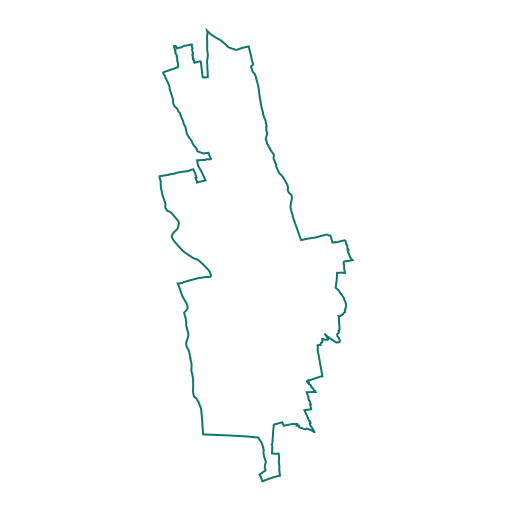 Coroiesti, Bacau, Romania
{"feature_id": "2599482B8243132142430", "entity_name": "Coroiesti", "entity_type": "district", "adm_level": 2, "iso_a3": "ROU", "parent_name": "Romania", "parent_adm1": "Bacau", "projection": "equal_earth", "projection_center": [27.499, 46.29], "detail": "fine", "context": "isolated", "style": "outline", "palette": "teal", "viewbox_px": 512, "rotation_deg": 0, "n_neighbors": 0, "source": "geoboundaries", "source_scale": "gbopen_adm2", "svg_char_len": 6017}
<svg xmlns="http://www.w3.org/2000/svg" viewBox="0 0 512 512"><path d="M315.6,392.0L314.9,390.9L313.9,390.1L313.2,388.6L311.7,387.5L311.7,387.0L311.0,386.5L310.8,385.3L310.5,384.8L309.0,384.4L308.8,384.1L308.2,383.3L309.0,383.1L309.0,382.7L307.4,382.2L307.1,381.7L308.1,381.1L307.7,380.6L309.0,380.0L309.4,380.4L319.9,376.7L322.4,376.3L317.5,349.0L317.8,348.4L317.9,347.2L317.6,346.2L317.6,345.3L318.4,345.0L320.6,345.0L320.7,344.8L320.7,343.4L320.9,343.1L322.3,342.3L322.4,339.9L322.2,339.1L322.8,338.9L324.1,339.6L325.3,339.7L327.9,339.7L328.2,339.3L328.3,339.1L325.0,334.3L325.1,334.2L327.5,336.6L328.9,337.6L336.3,342.5L339.2,342.3L339.7,341.7L339.7,340.0L338.8,338.0L338.1,337.0L337.5,336.5L337.2,334.9L337.4,333.9L338.8,332.8L338.9,332.2L338.6,331.3L338.6,330.9L339.1,330.9L339.1,330.2L339.7,329.5L339.4,328.4L339.5,326.0L339.2,325.4L338.9,318.3L339.0,316.7L338.7,316.2L340.2,316.2L341.1,315.5L341.5,314.8L343.2,314.0L343.8,313.0L345.0,312.1L344.8,311.1L345.0,310.8L344.9,310.5L345.4,309.6L345.3,308.5L346.1,306.4L346.1,304.8L345.4,301.9L344.4,299.9L343.9,298.0L338.7,290.5L336.7,288.5L335.6,287.7L336.7,280.0L337.1,272.8L338.6,273.0L340.1,272.6L345.0,272.9L344.2,269.1L344.1,264.4L343.7,264.3L343.6,263.6L343.7,262.4L343.9,261.7L346.7,261.0L348.4,261.0L352.5,260.1L350.4,257.8L349.4,255.3L349.0,253.9L348.2,252.6L347.8,250.9L348.3,250.8L348.5,250.4L348.3,249.3L347.6,249.4L347.4,248.9L347.2,245.4L347.0,244.8L346.2,244.4L346.0,242.8L345.5,241.0L344.9,240.7L344.7,240.3L335.3,242.5L335.1,242.1L332.5,242.6L331.0,237.2L330.3,235.5L328.7,235.4L327.6,234.7L325.8,234.7L324.6,234.9L323.2,235.7L321.5,235.7L316.8,237.3L308.0,238.6L301.1,240.1L292.7,216.6L292.6,214.7L291.8,212.9L290.5,207.5L290.6,205.5L291.2,201.7L291.7,200.1L291.9,197.2L291.8,195.8L291.2,194.7L288.9,192.7L287.7,190.4L288.0,187.7L287.2,184.1L286.6,183.6L285.5,181.4L282.8,176.9L281.1,174.9L279.4,173.3L277.5,169.6L276.2,166.2L276.3,165.0L276.0,163.9L275.3,163.0L274.9,162.1L274.8,161.2L273.6,158.9L273.6,157.3L274.0,154.9L269.9,149.0L270.1,148.3L269.5,148.0L268.1,145.2L267.1,143.7L266.5,140.7L265.8,139.5L265.8,138.5L267.1,134.3L267.3,132.6L266.6,131.5L266.2,130.0L266.4,128.2L266.4,127.6L266.0,126.9L266.5,126.2L266.6,125.5L265.9,123.3L265.6,120.6L264.0,117.0L263.1,114.3L263.0,112.1L262.5,111.4L262.3,109.7L261.6,107.8L259.8,97.3L258.6,88.0L257.4,82.7L256.3,79.0L256.0,77.2L254.8,74.1L253.2,72.4L252.4,71.1L251.6,68.3L251.0,66.9L251.2,66.2L252.9,64.9L253.1,64.0L251.8,59.8L251.0,55.6L248.6,46.4L242.3,47.9L236.3,50.0L230.2,48.0L227.3,46.5L225.9,44.7L221.0,40.5L215.7,37.5L210.7,34.2L207.1,30.7L207.5,32.3L207.0,37.5L207.2,40.9L207.2,50.2L207.8,54.1L207.8,56.1L207.0,61.5L207.4,65.9L207.3,68.7L207.6,71.3L207.8,77.1L204.2,77.6L204.1,77.3L203.0,77.3L202.6,76.9L200.8,61.5L198.8,61.6L194.4,62.8L194.0,62.5L194.2,60.7L194.0,60.3L192.9,59.5L192.9,59.2L193.4,58.7L192.9,58.2L192.7,56.9L193.1,56.1L192.4,55.2L192.3,54.6L193.1,53.8L192.6,52.3L192.8,51.7L192.5,51.4L192.0,49.7L192.6,48.1L191.8,46.6L191.8,44.5L190.1,44.6L189.9,44.9L183.8,46.0L181.5,47.2L180.1,47.7L178.7,47.7L177.0,48.4L176.5,47.2L175.6,45.9L174.2,46.0L174.0,46.8L174.6,48.8L175.1,49.8L175.0,50.5L175.6,51.2L175.2,52.6L177.0,56.0L176.7,56.9L177.1,57.9L177.4,59.6L177.1,60.1L177.4,60.5L177.4,61.6L177.8,62.5L178.0,63.7L178.0,66.2L177.9,67.2L163.9,72.1L163.2,72.5L163.3,73.4L164.5,75.3L165.6,78.0L168.9,84.6L169.5,87.0L169.8,89.6L172.9,99.0L173.1,100.0L173.0,102.1L173.5,104.3L174.7,106.4L177.1,108.5L177.5,109.2L178.1,111.0L179.8,112.9L181.9,118.5L183.0,120.6L183.4,122.6L184.0,124.3L185.4,126.9L186.2,130.3L186.6,132.9L187.6,135.3L191.9,141.5L192.6,143.5L193.5,144.9L196.4,148.4L196.7,149.1L196.6,149.4L197.2,150.1L197.6,151.4L203.2,153.4L203.9,153.4L208.4,152.8L209.5,155.8L211.1,158.8L210.5,159.2L209.3,159.4L206.6,159.2L205.6,159.9L197.1,160.3L198.0,165.3L201.9,172.5L205.5,180.4L197.0,182.5L197.1,181.6L195.5,178.1L196.6,177.6L194.6,172.0L194.2,171.5L193.3,169.3L190.6,170.0L187.8,171.2L184.7,171.4L178.0,172.5L173.3,173.9L169.1,174.4L169.0,174.7L159.5,176.3L159.6,178.1L160.7,180.9L160.7,183.9L161.0,188.8L161.5,189.8L162.0,193.0L162.9,196.3L164.7,201.3L165.5,204.0L165.2,206.6L165.3,207.9L167.5,211.0L169.7,211.7L171.5,213.0L177.3,219.9L178.1,221.0L179.0,223.2L178.6,224.2L178.1,227.1L177.6,228.5L176.8,229.6L174.0,232.2L172.4,234.4L171.7,236.5L172.5,238.7L174.9,242.0L177.8,245.4L182.5,250.5L184.4,252.2L193.1,258.0L195.4,259.0L196.2,259.0L198.4,260.2L202.5,263.8L208.8,270.3L210.0,272.4L211.0,275.5L210.7,276.4L209.8,276.9L205.7,277.1L197.8,278.2L194.0,279.3L191.3,279.9L183.9,282.1L182.0,283.0L179.4,283.4L177.8,283.4L182.6,296.7L186.8,303.9L187.6,307.0L187.6,308.0L187.2,309.2L185.9,310.9L184.5,312.1L184.2,312.8L184.8,315.8L185.7,318.3L186.2,322.1L186.3,326.3L186.8,327.4L187.5,330.6L188.1,332.4L188.4,334.4L188.1,336.5L187.4,339.3L186.3,342.2L186.1,343.9L186.7,346.8L188.3,349.7L189.1,351.9L189.9,355.1L190.5,358.5L190.3,358.6L191.4,363.0L191.6,365.4L191.4,369.4L191.4,371.0L192.2,373.9L193.1,379.0L193.2,386.5L193.0,390.4L193.3,393.8L194.0,396.6L196.3,398.3L198.5,402.0L200.8,408.0L201.2,409.9L202.1,418.9L202.8,430.8L203.2,434.4L227.5,435.4L246.2,436.4L258.4,437.6L258.9,438.8L260.9,441.5L262.2,444.3L263.1,447.0L263.4,449.0L263.9,450.3L263.4,451.4L263.6,453.7L264.1,456.4L265.9,462.0L265.0,465.1L264.7,467.8L265.5,469.9L265.4,470.5L259.5,474.6L260.7,476.5L262.4,481.3L269.5,478.6L274.4,477.0L280.0,475.6L279.3,470.4L279.4,466.2L278.8,462.3L279.1,459.3L278.8,454.3L278.5,453.4L276.0,453.9L272.0,453.4L272.3,445.9L271.7,444.4L272.4,443.2L273.3,429.5L273.9,424.6L282.3,422.3L283.7,425.7L293.4,423.8L293.8,424.1L297.0,424.0L296.6,425.7L298.7,425.3L299.1,426.4L299.1,427.3L305.2,429.3L306.5,428.7L307.5,428.7L308.8,429.4L310.5,429.8L312.7,430.9L314.8,432.8L313.2,429.6L311.5,427.0L310.4,425.7L309.7,423.3L310.5,423.2L310.5,422.6L309.9,422.0L309.8,420.7L308.9,420.4L308.6,419.8L308.2,418.4L304.4,410.2L311.2,409.2L310.1,404.5L310.7,404.4L310.3,402.8L309.6,400.8L309.2,400.6L308.4,398.4L308.5,397.3L306.6,392.2L315.6,392.0Z" fill="none" stroke="#0f766e" stroke-width="2"/></svg>